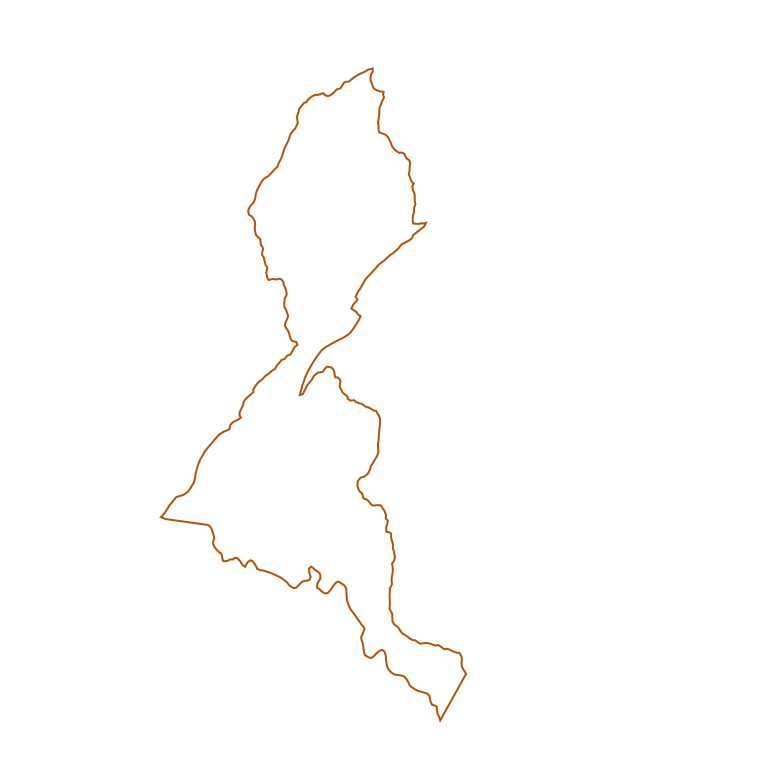 the district of Itacarambi, Minas Gerais, Brazil, rotated 205°
{"feature_id": "56859067B37702825751960", "entity_name": "Itacarambi", "entity_type": "district", "adm_level": 2, "iso_a3": "BRA", "parent_name": "Brazil", "parent_adm1": "Minas Gerais", "projection": "equal_earth", "projection_center": [-44.154, -15.206], "detail": "fine", "context": "isolated", "style": "outline", "palette": "amber", "viewbox_px": 768, "rotation_deg": 205, "n_neighbors": 0, "source": "geoboundaries", "source_scale": "gbopen_adm2", "svg_char_len": 6166}
<svg xmlns="http://www.w3.org/2000/svg" viewBox="0 0 768 768"><g transform="rotate(205 384 384)"><path d="M187.1,156.0L192.3,159.4L194.0,160.9L195.6,163.3L196.7,166.4L198.0,169.0L199.9,170.8L202.2,172.1L204.4,171.2L207.3,170.9L213.4,170.9L215.4,170.5L217.3,169.0L221.6,170.0L224.5,170.3L227.2,168.6L232.7,168.1L236.0,167.4L241.4,164.0L244.4,164.2L247.1,164.9L249.9,164.0L253.4,164.3L258.0,165.4L261.3,165.6L264.1,166.6L266.4,168.2L268.8,169.6L270.9,169.9L273.6,170.7L276.1,172.6L277.6,175.7L279.5,179.2L283.8,182.4L284.9,184.9L286.0,187.7L289.6,194.8L290.9,198.2L292.3,201.0L292.1,206.0L293.9,208.8L295.3,212.2L296.3,216.0L297.3,219.0L298.9,221.9L300.8,224.7L300.1,228.4L301.1,232.2L302.9,234.3L304.6,236.9L306.7,239.0L307.8,241.8L309.2,244.0L311.2,245.8L313.0,248.4L314.1,251.3L316.7,251.8L319.4,251.1L321.3,254.5L322.0,258.5L322.7,261.7L325.5,262.9L326.8,265.9L328.6,267.9L330.8,269.8L333.0,271.0L335.5,272.7L338.2,271.8L341.3,269.8L343.4,269.1L346.0,269.9L348.3,271.3L351.0,272.0L354.1,271.6L357.9,275.8L360.9,276.4L362.9,278.2L365.2,280.8L366.7,285.0L365.6,289.3L362.9,291.6L360.7,295.7L360.5,301.2L361.2,304.3L360.6,308.0L359.9,316.4L360.3,320.0L363.9,326.4L364.9,329.8L369.6,342.4L370.7,346.2L372.6,350.4L375.1,353.1L377.1,354.2L379.6,356.2L382.1,355.6L387.7,356.3L390.2,355.7L396.0,356.6L398.6,356.1L401.6,355.8L404.4,356.7L407.1,354.9L410.4,355.2L411.9,357.3L417.5,358.6L423.2,362.9L424.4,367.5L426.3,369.8L428.8,370.4L430.9,369.4L432.4,371.2L433.9,373.7L436.2,375.9L438.8,376.8L441.1,376.2L443.2,375.3L444.1,372.3L444.6,369.0L448.7,366.4L451.0,361.6L451.2,357.9L452.3,353.5L453.1,349.8L453.1,345.4L453.3,340.5L455.7,338.4L457.5,349.0L457.8,352.9L458.2,355.9L458.3,363.8L457.5,373.4L456.2,381.6L455.2,386.3L453.9,390.2L451.6,394.0L446.5,401.1L440.6,408.7L437.2,413.7L436.0,417.2L435.2,421.1L434.6,425.1L433.8,432.0L433.9,435.7L437.0,436.0L439.7,437.7L442.6,438.0L445.5,438.6L445.4,443.2L444.4,446.3L443.8,449.4L446.7,451.2L446.5,456.7L446.0,459.3L444.9,471.7L443.8,475.1L442.5,478.7L440.4,485.4L439.3,490.0L435.9,496.1L433.7,501.8L432.5,504.2L431.0,506.5L428.1,513.3L427.7,515.9L426.7,518.7L424.7,520.8L423.0,523.3L421.4,525.6L420.2,528.4L420.4,531.4L414.0,544.1L414.2,547.8L416.2,546.0L418.4,545.3L420.3,543.7L422.7,542.7L425.5,541.8L427.4,544.9L428.9,548.7L429.4,552.4L431.1,556.2L431.6,560.4L433.6,563.0L435.2,566.6L437.0,569.7L439.6,571.9L441.9,575.0L441.8,578.4L444.1,578.7L450.2,584.6L450.9,587.9L452.1,590.6L453.6,595.3L455.7,597.4L458.6,597.8L460.4,599.1L462.9,601.3L465.7,601.3L467.7,600.0L470.1,600.1L472.9,600.7L476.2,602.1L478.3,603.9L479.9,605.7L484.8,609.5L488.4,610.6L494.4,610.0L496.5,612.2L498.2,616.0L500.0,618.3L500.9,622.0L502.1,625.8L504.8,632.7L504.9,635.7L505.2,639.4L505.1,643.7L507.2,646.0L507.8,648.6L511.9,647.5L514.6,647.2L517.1,647.2L519.3,648.3L521.0,650.2L523.0,652.0L525.5,655.1L526.6,659.0L526.3,662.5L527.6,665.1L531.3,662.1L532.6,659.9L535.0,657.0L537.4,654.3L540.7,649.3L543.8,643.1L546.0,641.9L547.6,640.2L548.4,633.7L551.4,630.8L552.9,626.2L554.8,622.8L556.7,621.1L559.4,620.8L562.1,621.9L564.0,619.9L566.3,617.9L568.8,616.9L571.3,613.5L573.1,609.6L573.4,606.7L575.2,605.0L576.4,600.7L577.1,597.3L576.4,594.5L575.9,589.8L574.3,586.8L572.5,584.4L572.4,581.0L572.5,577.6L573.6,574.8L574.3,570.7L573.6,564.5L573.6,560.3L573.8,557.3L573.6,554.4L572.7,547.9L572.5,544.0L572.8,539.9L572.3,536.1L573.6,533.1L576.3,524.3L578.1,521.7L579.5,519.2L580.4,516.5L580.9,509.9L580.9,505.4L580.5,502.3L579.3,498.2L578.8,494.1L580.5,488.1L580.5,484.3L579.3,481.9L577.3,480.1L574.8,480.1L572.6,478.8L569.8,476.8L568.3,474.4L567.0,470.6L564.8,467.2L562.8,464.8L557.3,462.9L554.4,458.1L552.4,457.0L550.7,455.4L550.3,452.6L549.0,449.5L546.3,447.7L541.8,442.0L539.0,440.3L538.3,437.7L537.8,435.1L536.2,433.2L534.7,430.9L532.5,429.6L529.7,431.9L525.7,433.3L522.9,435.5L520.6,435.1L518.3,433.9L516.7,431.5L514.1,429.3L511.8,426.8L509.9,424.0L510.1,419.5L508.6,415.3L506.9,411.7L504.6,410.2L502.1,407.8L499.6,405.1L499.2,401.7L499.3,398.6L498.7,395.3L496.7,393.5L494.7,392.5L492.3,390.7L487.9,385.7L485.3,384.1L481.4,385.1L479.0,382.9L480.7,379.3L481.2,371.3L483.7,368.7L484.5,365.0L487.0,362.4L487.7,359.3L488.8,355.9L489.2,351.4L491.4,348.2L492.9,344.7L494.8,341.4L496.9,335.5L498.2,333.3L499.1,330.5L499.8,327.2L500.2,323.7L498.9,321.5L501.8,315.0L503.3,311.0L503.7,307.8L502.7,305.3L502.9,297.7L501.7,294.7L499.5,292.9L501.2,290.1L504.5,286.0L505.9,282.3L505.0,277.6L507.0,275.2L509.2,273.0L511.8,268.9L513.0,265.4L516.6,252.5L517.9,247.4L518.1,242.7L518.6,239.0L518.5,234.7L518.3,231.8L516.9,223.2L515.1,217.2L514.7,214.4L515.4,207.8L516.3,203.3L518.8,198.9L524.5,193.7L527.2,183.1L527.6,178.9L528.2,175.1L528.9,171.7L529.9,169.0L524.9,169.3L484.1,181.8L481.4,181.4L478.3,179.2L472.6,172.7L472.3,168.7L471.0,166.5L468.7,164.6L465.6,163.1L462.6,162.0L460.5,161.6L458.2,160.0L456.5,157.1L454.8,155.6L452.6,156.5L450.9,157.8L449.4,159.9L446.9,161.0L445.8,163.3L443.5,164.2L440.3,163.0L435.2,160.0L432.6,159.7L432.5,162.6L432.1,165.3L430.6,167.8L428.5,168.0L425.7,166.6L422.8,164.7L420.6,162.8L417.4,163.0L414.4,164.0L409.4,164.5L407.0,164.9L398.3,165.0L396.2,164.9L391.2,164.1L387.9,163.1L384.7,161.5L382.1,161.0L379.6,160.9L377.4,162.4L374.8,170.0L372.8,172.1L370.4,173.3L368.5,175.5L369.1,178.5L372.0,181.4L373.9,185.1L372.9,187.6L370.7,187.4L368.4,186.5L362.9,185.6L360.9,183.9L359.4,180.5L360.1,175.4L358.7,171.1L355.8,170.9L353.8,170.0L351.5,169.5L349.2,169.3L346.7,170.6L345.4,174.7L344.7,179.2L343.8,183.2L342.2,185.5L339.9,185.5L337.9,185.1L335.7,184.9L333.3,183.9L331.3,181.9L330.1,179.3L326.5,173.0L323.8,169.7L319.5,166.0L312.6,162.2L307.5,159.2L305.3,158.1L303.0,156.6L299.8,155.2L298.1,153.5L297.7,144.8L295.5,141.8L293.2,139.5L289.1,132.9L286.6,130.2L282.6,129.8L280.0,130.1L278.3,132.5L277.2,136.0L275.4,140.1L273.4,142.3L270.6,141.7L267.7,138.7L265.1,134.2L261.9,129.4L260.0,127.8L258.0,126.6L255.7,125.7L252.7,125.2L250.4,125.5L245.2,127.1L242.5,127.5L239.1,126.2L236.5,124.4L234.2,122.4L231.8,121.1L227.1,120.4L223.8,120.2L214.4,121.7L211.3,120.8L209.3,118.3L207.4,115.6L204.7,113.5L202.2,114.1L199.7,113.7L197.9,110.2L195.6,107.3L193.3,105.6L190.9,102.9L187.1,156.0Z" fill="none" stroke="#b45309" stroke-width="2"/></g></svg>